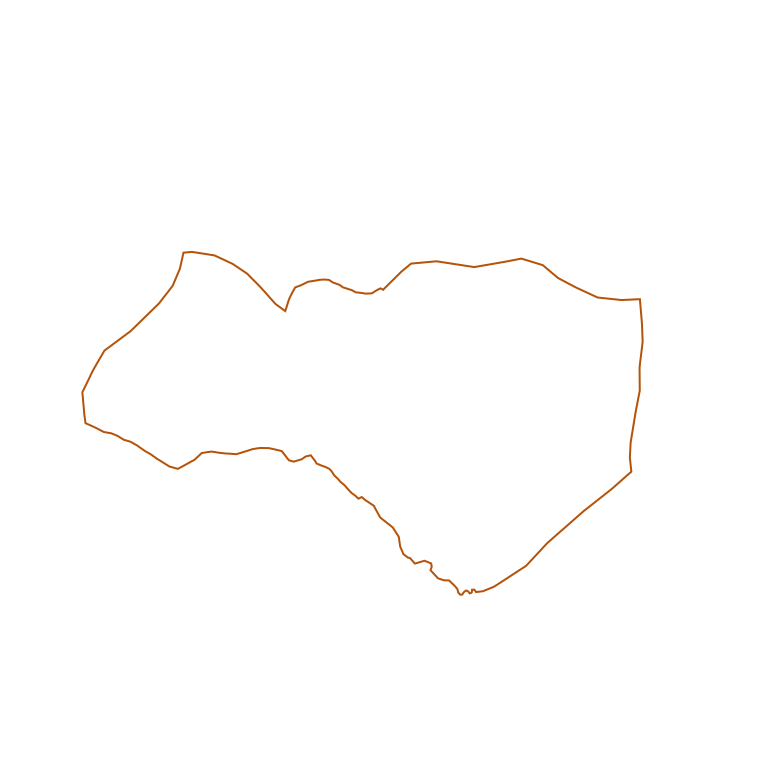 outline of Puncak Jaya, Papua, Indonesia, rotated 137°
{"feature_id": "22746128B50358350022934", "entity_name": "Puncak Jaya", "entity_type": "district", "adm_level": 2, "iso_a3": "IDN", "parent_name": "Indonesia", "parent_adm1": "Papua", "projection": "natural_earth1", "projection_center": [137.994, -3.489], "detail": "fine", "context": "isolated", "style": "outline", "palette": "amber", "viewbox_px": 768, "rotation_deg": 137, "n_neighbors": 0, "source": "geoboundaries", "source_scale": "gbopen_adm2", "svg_char_len": 2890}
<svg xmlns="http://www.w3.org/2000/svg" viewBox="0 0 768 768"><g transform="rotate(137 384 384)"><path d="M629.0,558.9L626.5,553.0L624.5,548.1L622.7,542.9L621.6,539.9L619.9,537.7L619.2,536.7L617.1,534.0L615.1,529.6L614.2,527.6L613.4,524.6L612.7,522.1L612.3,520.6L609.3,515.6L608.8,514.6L608.2,512.8L607.7,511.4L607.3,509.9L606.6,507.9L606.5,507.6L606.3,506.7L605.4,502.1L604.6,498.5L604.6,498.3L603.9,496.1L602.7,492.3L602.6,491.9L601.6,487.1L601.1,484.2L600.5,482.2L600.2,481.2L597.2,470.0L593.6,464.1L592.6,462.5L591.8,462.3L584.5,460.4L577.3,458.6L575.8,458.2L574.5,457.9L574.2,457.8L573.5,457.8L572.7,457.8L572.2,457.8L566.9,457.8L565.2,457.8L564.3,457.8L556.3,452.3L554.0,449.4L552.4,447.3L550.6,445.1L547.2,441.2L544.4,438.3L539.8,433.3L537.9,432.4L535.7,431.3L532.3,429.7L530.9,429.0L529.7,428.4L524.5,426.0L520.1,423.0L518.2,421.7L514.5,418.1L511.9,415.6L507.7,409.5L504.5,404.6L505.6,393.1L503.0,388.8L496.1,385.4L495.6,385.1L490.7,384.4L486.2,381.8L486.7,376.5L486.7,375.9L487.5,371.8L485.7,367.7L483.4,363.3L481.9,359.3L481.8,357.1L481.8,356.3L482.7,351.2L482.4,345.7L482.6,342.3L481.9,336.9L482.1,331.4L482.1,326.5L481.2,322.2L480.9,317.6L477.4,316.5L477.0,313.2L476.8,311.5L475.7,307.0L474.4,301.4L474.8,300.9L477.8,289.1L477.7,288.0L475.6,274.3L475.4,273.1L477.4,262.2L483.0,254.1L485.8,246.4L485.8,246.1L484.9,240.7L483.7,239.1L483.9,231.6L474.9,227.1L471.9,220.6L473.7,217.8L477.0,216.1L477.0,210.5L477.0,205.0L474.0,199.5L470.4,196.0L470.0,189.0L470.0,186.6L470.2,183.9L471.8,181.1L472.0,178.0L470.4,176.6L467.9,177.3L464.9,177.1L463.9,175.1L464.1,172.4L463.0,171.8L461.8,171.8L459.9,173.5L458.2,172.0L458.6,169.1L453.0,165.0L441.7,160.7L433.4,159.2L413.7,155.8L404.1,154.1L373.3,156.3L354.9,155.8L353.2,155.7L325.0,154.9L297.3,152.6L288.6,151.9L269.1,151.4L262.9,151.2L254.3,162.6L243.4,173.1L225.4,187.0L218.8,192.1L201.5,204.7L186.0,221.6L183.6,223.7L166.0,238.5L154.2,252.2L139.0,271.5L153.1,283.5L168.8,301.6L177.8,323.7L180.5,331.4L184.5,343.1L186.8,362.6L189.6,367.5L198.0,382.0L212.5,391.1L238.3,408.0L261.8,437.8L263.4,439.1L282.1,453.6L294.7,454.3L318.8,453.6L320.3,453.4L321.3,456.3L325.0,457.5L331.1,458.6L335.9,462.7L338.4,466.0L342.2,470.4L343.5,474.5L348.1,482.7L348.9,486.8L352.2,493.2L353.2,497.6L356.1,500.8L360.0,504.1L364.1,506.7L369.7,510.5L377.5,512.9L383.1,515.2L387.9,513.7L394.2,511.4L397.8,509.6L402.8,506.7L406.5,504.7L408.8,516.7L408.4,531.6L408.3,538.6L408.4,544.5L408.7,552.4L408.8,557.9L410.5,565.2L411.4,569.1L412.8,575.1L420.3,593.7L421.5,595.2L424.3,598.8L426.5,601.6L429.4,605.3L434.4,611.6L441.1,616.8L454.2,607.8L455.1,607.3L471.5,600.0L480.3,598.5L486.3,597.6L493.5,596.4L514.3,595.9L533.4,595.5L544.0,596.7L555.0,597.9L565.6,599.1L576.6,595.8L582.2,594.1L586.7,592.7L590.6,591.3L596.8,588.8L610.2,583.7L614.9,577.7L620.8,570.1L624.4,565.5L625.0,564.6L626.7,562.2L629.0,558.9Z" fill="none" stroke="#b45309" stroke-width="2"/></g></svg>